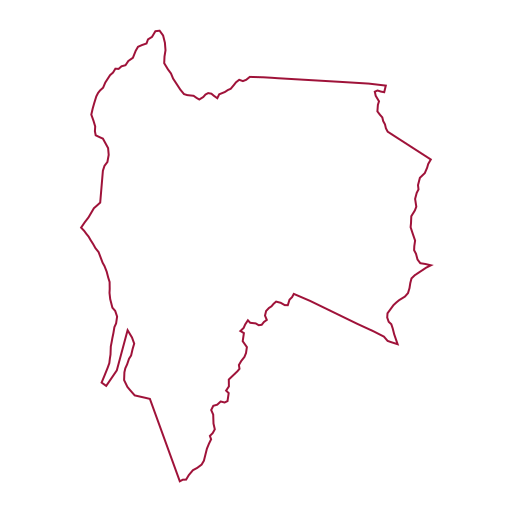 the district of Campo Mourão, Paraná, Brazil
{"feature_id": "56859067B54956241865270", "entity_name": "Campo Mourão", "entity_type": "district", "adm_level": 2, "iso_a3": "BRA", "parent_name": "Brazil", "parent_adm1": "Paraná", "projection": "equal_earth", "projection_center": [-52.393, -24.126], "detail": "fine", "context": "isolated", "style": "outline", "palette": "rose", "viewbox_px": 512, "rotation_deg": 0, "n_neighbors": 0, "source": "geoboundaries", "source_scale": "gbopen_adm2", "svg_char_len": 2994}
<svg xmlns="http://www.w3.org/2000/svg" viewBox="0 0 512 512"><path d="M81.1,227.6L84.2,230.9L86.4,233.9L88.6,236.6L90.6,240.1L93.1,244.0L95.4,248.1L98.6,252.1L100.0,255.8L102.6,262.7L104.5,266.1L106.7,271.7L108.2,277.5L109.6,282.0L109.7,289.0L109.5,292.9L110.2,299.1L112.4,307.7L115.2,310.9L117.1,316.6L116.1,323.4L114.4,327.1L113.4,333.1L112.4,337.9L111.7,341.8L110.8,346.5L110.5,354.6L109.9,358.4L109.3,363.2L107.6,367.9L104.5,375.6L101.6,382.6L106.2,385.9L116.8,370.4L127.6,330.2L132.0,337.5L134.2,343.6L132.6,349.0L131.1,355.5L129.0,358.8L127.1,364.4L125.3,368.3L124.4,372.3L124.1,380.1L127.4,386.9L129.8,389.8L134.7,395.4L145.3,397.8L149.9,398.9L179.8,481.3L182.8,479.7L186.1,479.6L188.8,475.1L192.9,470.2L197.2,467.9L201.6,464.6L203.9,460.7L205.3,455.1L206.9,448.7L209.0,443.6L211.1,439.3L209.9,435.9L212.7,433.1L214.8,429.3L213.5,423.6L213.2,414.6L211.2,410.0L213.3,405.8L217.2,404.7L220.7,401.5L224.6,402.5L227.5,401.1L228.7,393.1L226.1,390.6L228.9,386.4L228.8,379.5L231.3,377.1L237.4,371.3L239.5,368.8L238.9,365.0L241.3,360.9L244.4,357.0L246.0,353.1L246.9,347.1L242.7,341.2L243.9,333.1L240.4,331.0L243.6,328.0L245.2,324.4L247.9,320.3L250.2,322.8L255.7,323.4L258.7,325.2L261.7,324.8L263.9,322.0L266.8,319.9L265.0,315.6L266.1,311.0L268.9,308.0L271.5,306.3L273.6,303.8L276.1,301.6L280.7,302.8L284.7,305.1L287.8,305.2L289.5,299.7L292.1,297.1L293.8,293.9L310.1,300.9L357.2,323.8L373.7,331.4L383.9,336.6L387.6,340.9L390.7,342.0L397.6,344.2L394.2,334.3L392.7,328.4L391.3,324.2L388.7,321.8L387.2,317.5L387.5,313.3L393.5,305.1L396.4,302.4L399.2,300.1L404.9,296.6L408.0,293.1L409.5,288.1L410.3,283.0L411.5,278.4L414.8,275.2L426.1,267.7L430.9,265.3L425.4,264.0L420.3,263.2L417.5,259.5L416.0,253.8L414.1,250.2L414.3,246.1L415.1,240.6L412.6,233.3L410.6,227.2L411.0,223.2L411.3,216.2L414.9,210.4L416.3,206.7L415.1,198.9L416.7,192.9L418.5,189.4L418.0,185.1L419.9,177.8L424.8,173.1L427.1,167.8L428.2,164.0L430.8,159.5L387.7,131.7L385.9,128.3L385.0,124.4L383.2,121.1L382.3,117.4L379.9,114.7L377.4,111.4L377.9,104.8L379.0,101.3L375.7,95.8L374.8,91.7L377.5,90.5L381.0,91.6L384.2,92.2L385.8,85.6L368.8,83.6L340.9,81.9L277.5,78.2L272.1,77.8L263.6,77.3L249.8,76.9L246.2,79.8L242.9,81.1L239.2,79.8L236.0,82.3L233.8,85.1L230.7,88.8L227.9,90.0L224.9,92.0L219.2,94.3L217.3,98.2L213.9,95.8L211.4,93.7L208.2,93.1L205.5,94.5L203.3,97.0L199.3,99.5L196.7,98.0L193.6,95.8L187.2,95.1L184.0,94.1L180.3,89.6L177.3,85.0L173.1,78.6L171.0,73.5L167.9,69.3L164.2,63.2L164.5,56.5L165.5,50.3L164.9,42.7L163.1,35.5L159.6,30.7L155.4,31.2L152.0,36.9L148.0,39.4L146.5,43.5L142.1,45.0L138.0,46.8L135.7,50.8L132.9,57.8L128.4,60.9L125.5,65.2L121.5,66.3L118.6,68.9L115.4,68.7L113.0,72.6L110.1,75.1L105.3,82.5L103.1,87.7L100.1,90.4L98.1,92.9L96.3,96.4L94.2,103.2L92.7,108.5L91.3,114.6L93.5,120.8L95.2,126.5L94.9,131.2L95.7,135.3L100.1,137.4L102.9,138.6L108.1,148.1L108.7,154.9L107.4,162.0L104.5,165.8L102.9,170.7L100.2,202.6L97.0,205.5L93.9,208.2L88.5,217.4L84.8,222.2L81.1,227.6Z" fill="none" stroke="#9f1239" stroke-width="2"/></svg>